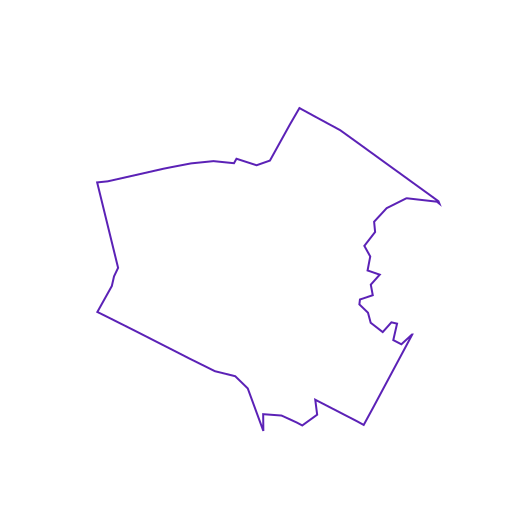 outline of Marshall, Alabama, United States of America, rotated 118°
{"feature_id": "52423323B91350179619182", "entity_name": "Marshall", "entity_type": "district", "adm_level": 2, "iso_a3": "USA", "parent_name": "United States of America", "parent_adm1": "Alabama", "projection": "albers", "projection_center": [-86.327, 34.349], "detail": "fine", "context": "isolated", "style": "outline", "palette": "violet", "viewbox_px": 512, "rotation_deg": 118, "n_neighbors": 0, "source": "geoboundaries", "source_scale": "gbopen_adm2", "svg_char_len": 948}
<svg xmlns="http://www.w3.org/2000/svg" viewBox="0 0 512 512"><g transform="rotate(118 256 256)"><path d="M179.3,318.9L184.4,319.0L192.2,338.1L200.1,349.9L204.7,356.8L217.5,372.7L222.4,378.7L259.7,422.0L265.6,430.8L331.2,372.2L340.6,371.8L350.2,369.2L379.9,369.8L379.6,359.7L378.8,325.4L378.4,302.5L377.8,266.8L377.0,238.2L371.9,217.9L376.8,201.1L407.0,167.4L392.3,175.4L384.9,158.6L383.9,141.9L383.9,135.6L367.4,127.5L355.1,136.2L354.5,89.1L354.6,81.6L334.8,81.4L258.3,81.2L257.0,81.2L252.0,81.2L252.1,81.4L265.7,86.2L265.8,95.3L249.5,99.7L251.0,105.3L263.7,108.4L261.1,123.4L253.5,130.5L250.2,142.0L245.6,143.8L235.8,134.5L227.4,141.2L214.4,138.0L216.4,150.7L202.8,154.9L196.2,165.1L178.9,162.1L170.3,167.8L152.4,163.1L134.7,150.5L134.2,149.9L123.1,121.7L123.7,118.6L122.0,120.6L110.1,206.5L109.9,207.8L105.4,240.7L105.2,268.2L105.0,287.1L123.7,287.8L165.2,288.5L175.6,298.1L179.3,318.9Z" fill="none" stroke="#5b21b6" stroke-width="2"/></g></svg>